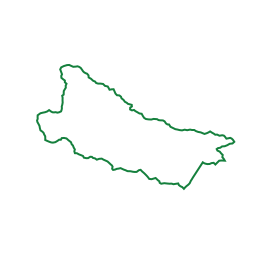 outline of Nova Trento, Santa Catarina, Brazil, rotated 47°
{"feature_id": "56859067B31749157862997", "entity_name": "Nova Trento", "entity_type": "district", "adm_level": 2, "iso_a3": "BRA", "parent_name": "Brazil", "parent_adm1": "Santa Catarina", "projection": "orthographic", "projection_center": [-49.044, -27.304], "detail": "fine", "context": "isolated", "style": "outline", "palette": "green", "viewbox_px": 256, "rotation_deg": 47, "n_neighbors": 0, "source": "geoboundaries", "source_scale": "gbopen_adm2", "svg_char_len": 3170}
<svg xmlns="http://www.w3.org/2000/svg" viewBox="0 0 256 256"><g transform="rotate(47 128 128)"><path d="M40.4,129.7L38.9,132.8L38.1,135.5L38.9,137.6L41.5,138.7L43.7,139.6L44.4,141.3L45.9,142.5L48.2,142.2L50.2,141.8L51.5,143.0L53.7,142.8L54.6,144.8L56.1,146.0L56.6,147.9L57.2,149.8L58.4,151.0L59.7,152.3L59.5,154.1L61.3,155.2L62.9,156.8L64.9,158.5L66.3,160.4L67.1,161.8L68.4,162.8L69.4,164.1L70.2,165.6L69.5,167.7L68.6,169.2L67.1,170.1L66.1,171.5L65.0,172.5L63.6,173.0L61.1,173.5L60.8,175.8L59.9,177.9L58.6,180.0L57.5,182.0L57.1,185.4L58.4,186.7L59.7,187.8L60.5,189.4L61.9,190.2L64.0,190.7L66.1,191.3L68.1,192.6L70.0,193.6L72.4,193.1L74.1,193.1L75.5,193.7L77.6,194.2L79.2,195.6L80.3,196.7L82.1,196.0L84.3,195.0L86.2,194.0L87.5,192.9L88.8,190.8L89.3,188.5L89.6,186.3L90.8,185.1L90.2,183.4L91.6,181.6L93.7,180.1L96.3,179.9L99.5,179.4L101.6,180.3L103.2,180.2L105.4,181.1L107.4,181.5L108.4,183.1L110.2,184.0L111.6,182.6L114.0,181.8L116.2,180.7L117.8,180.0L119.6,180.5L121.6,179.1L122.8,177.8L123.3,175.2L124.5,174.1L126.1,174.0L127.6,172.9L129.9,172.4L130.9,170.1L132.5,168.1L134.5,167.5L136.1,166.8L138.5,165.8L140.9,165.6L142.8,165.5L144.3,165.3L145.7,165.6L147.0,167.4L148.5,167.5L149.6,165.8L150.2,164.1L151.2,162.7L152.3,160.8L154.3,160.0L155.7,159.4L157.2,158.6L159.2,157.8L161.4,155.6L163.3,154.3L164.8,153.0L166.0,151.6L166.3,148.8L167.2,147.3L169.4,147.3L172.0,147.0L174.5,146.9L176.6,146.9L178.1,147.0L179.7,147.2L181.5,145.7L182.6,143.5L183.4,141.9L185.4,141.8L186.9,141.7L188.3,141.4L189.7,142.2L191.4,141.7L193.1,139.1L195.1,137.4L197.0,135.7L198.5,134.0L200.1,133.1L201.5,131.0L202.8,129.1L204.4,129.7L206.3,129.4L208.3,128.6L210.6,128.6L210.4,126.7L210.4,124.9L210.6,122.6L210.5,120.6L209.5,118.1L209.0,116.1L208.5,114.4L204.1,96.7L205.8,96.3L207.2,95.5L208.6,94.5L210.0,92.8L210.6,90.9L211.9,89.1L214.3,89.0L214.2,86.6L214.1,83.6L215.7,81.6L217.9,79.5L215.8,79.0L213.7,78.9L212.3,77.1L210.1,77.2L207.9,77.0L205.5,78.0L203.9,77.5L204.1,75.9L205.4,73.9L205.6,71.8L207.3,69.7L208.3,67.1L208.9,64.4L210.6,62.1L210.6,59.7L208.2,59.3L206.4,59.4L204.9,60.0L204.1,61.4L202.9,63.3L200.3,63.0L198.9,63.1L197.6,64.0L196.0,66.4L193.6,67.3L192.4,68.8L190.7,69.1L188.9,69.7L186.5,70.3L186.1,72.2L185.5,74.0L184.5,76.1L182.8,76.9L180.8,77.8L178.8,79.3L176.7,80.4L174.7,80.9L173.2,82.5L171.5,83.7L170.0,86.2L167.9,87.7L166.6,90.1L164.7,91.7L162.7,93.0L161.1,94.2L158.7,95.1L156.1,96.1L153.4,95.6L152.3,96.7L150.6,97.1L148.1,96.7L146.2,97.3L144.5,99.1L143.0,100.3L141.4,100.7L140.0,102.0L138.8,103.1L137.7,105.2L135.6,107.2L133.6,108.8L131.6,109.3L129.2,108.9L126.9,108.3L125.2,109.7L122.5,110.5L120.7,111.1L118.9,111.3L117.8,113.1L115.9,113.8L114.6,112.5L114.9,110.5L113.6,109.5L111.5,110.8L110.2,111.6L108.7,111.7L106.7,112.4L104.4,112.1L101.9,112.5L100.3,111.8L98.3,112.1L96.5,113.7L94.3,113.7L92.1,112.9L89.8,112.1L88.5,113.7L87.4,115.4L85.6,114.9L83.8,114.5L81.5,116.1L78.8,116.2L76.7,117.9L75.1,119.6L73.4,120.6L71.6,120.4L69.6,121.3L66.7,121.5L64.2,122.3L62.6,121.0L60.4,120.9L59.0,121.6L57.4,122.1L55.9,122.2L54.2,121.9L51.8,121.6L49.8,122.1L48.4,122.9L47.5,124.3L45.9,126.3L43.8,127.2L41.8,128.0L40.4,129.7Z" fill="none" stroke="#15803d" stroke-width="2"/></g></svg>